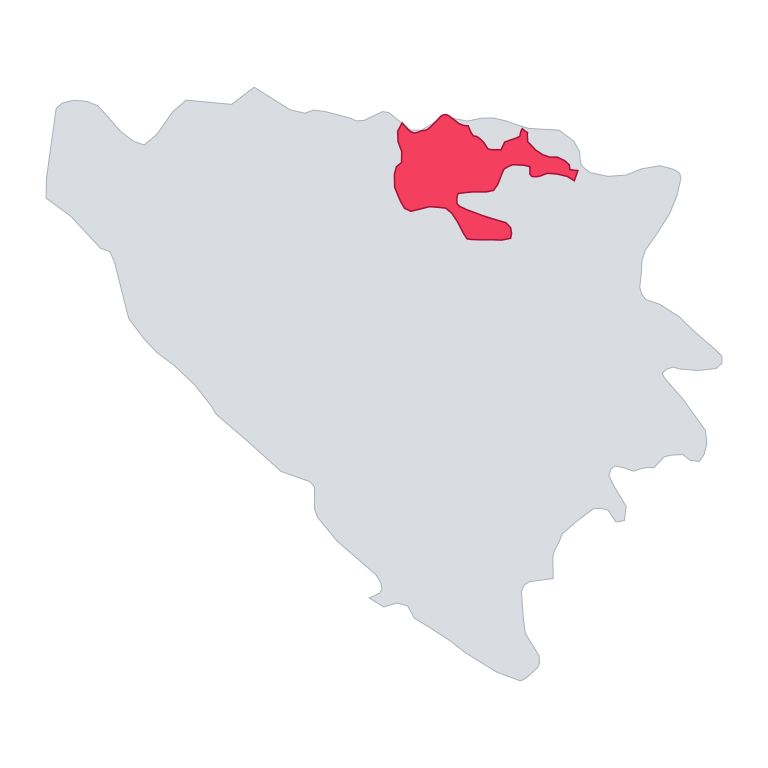 Doboj highlighted on a map of Bosnia and Herzegovina
{"feature_id": "BIH-4801", "entity_name": "Doboj", "entity_type": "state/province", "adm_level": 1, "iso_a3": "BIH", "parent_name": "Bosnia and Herzegovina", "parent_adm1": "", "projection": "robinson", "projection_center": [18.222, 44.862], "detail": "fine", "context": "in_parent", "style": "filled", "palette": "rose", "viewbox_px": 768, "rotation_deg": 0, "n_neighbors": 0, "source": "natural_earth", "source_scale": "10m", "svg_char_len": 3196}
<svg xmlns="http://www.w3.org/2000/svg" viewBox="0 0 768 768"><path d="M679.5,173.0L681.0,177.9L677.2,194.9L669.8,213.3L657.8,232.3L645.3,250.3L642.0,259.9L641.2,275.0L639.7,286.9L641.4,293.4L645.6,299.5L659.6,304.3L678.6,316.3L694.7,331.9L715.4,349.6L721.9,356.2L721.9,363.3L715.9,368.5L698.3,370.5L679.9,369.0L672.9,367.1L666.3,369.3L662.3,373.3L664.5,378.1L683.4,399.7L705.5,430.6L706.8,443.8L704.2,454.3L699.1,461.5L690.0,460.3L683.0,454.6L672.5,455.0L664.4,456.6L653.8,467.8L648.5,467.3L639.4,469.0L633.6,471.2L624.5,468.0L614.9,465.8L610.8,469.3L608.9,475.8L614.9,487.7L626.1,506.3L624.4,520.5L615.9,522.0L608.1,510.2L601.1,508.3L593.3,508.7L575.3,522.4L562.1,534.0L559.0,542.0L554.3,550.9L552.8,557.2L553.2,578.4L529.3,581.8L524.2,584.9L521.4,591.4L523.4,618.6L525.3,633.2L539.1,655.8L539.5,662.9L537.6,667.6L527.9,676.5L523.2,679.8L520.1,680.8L504.2,674.9L496.6,672.1L464.6,652.2L450.6,641.1L428.3,626.6L414.5,618.4L407.6,605.9L396.7,603.0L383.8,607.0L369.2,598.0L379.5,593.3L382.1,588.8L380.8,583.0L376.3,575.1L337.0,541.0L317.8,517.6L314.6,509.2L314.5,487.0L309.9,481.6L281.1,471.5L249.0,442.5L216.0,414.1L211.5,406.2L194.5,384.7L173.8,365.1L157.2,352.7L143.7,338.5L128.8,318.6L121.2,288.7L114.5,262.1L109.9,251.7L100.4,248.1L71.0,216.5L46.1,198.1L46.5,178.3L51.0,145.3L56.2,108.3L62.3,103.1L73.8,100.3L86.9,101.4L98.2,106.0L120.5,131.3L133.3,141.2L144.2,145.0L156.9,134.3L172.6,111.9L186.2,100.1L231.6,104.4L254.1,87.2L290.1,109.8L305.1,113.2L313.5,110.1L324.9,111.5L350.3,118.1L356.1,120.9L363.8,120.5L382.6,111.6L389.0,112.7L410.4,130.0L421.2,130.2L434.2,122.8L442.5,116.3L467.2,121.1L481.3,118.2L493.1,117.9L505.8,120.9L517.4,124.9L528.7,128.4L559.2,130.2L573.8,141.2L579.7,151.9L579.9,158.5L581.3,165.5L589.7,172.5L608.1,176.4L619.7,175.5L625.8,175.1L641.5,168.9L659.9,165.7L673.2,169.3L679.5,173.0Z" fill="#d9dde1" stroke="#a8b0b8" stroke-width="1"/><path d="M402.2,122.9L407.7,129.2L410.9,131.8L414.4,133.0L416.1,132.8L421.3,130.9L426.1,130.1L427.6,129.4L430.5,127.0L441.2,115.9L443.8,114.7L446.5,114.6L449.3,116.0L459.0,123.6L462.9,125.2L466.3,125.8L468.3,125.8L468.6,127.1L471.3,133.0L473.5,136.0L476.7,136.4L479.9,138.7L483.7,142.3L488.0,149.0L491.8,149.7L497.4,149.7L501.2,149.7L502.0,147.6L503.3,145.0L504.7,142.0L509.5,140.3L515.5,138.3L519.8,136.4L520.8,131.4L522.3,128.6L524.8,130.9L527.5,132.5L527.3,135.0L527.8,142.0L530.3,144.3L535.6,150.0L542.7,154.7L549.6,157.1L557.2,157.1L564.7,160.7L569.3,164.8L569.9,169.5L573.4,170.2L577.9,170.5L574.3,180.8L567.5,176.5L557.0,174.0L547.2,173.3L540.9,175.8L536.6,176.8L531.9,176.5L529.9,174.3L529.9,171.8L529.9,166.7L523.8,165.2L512.8,164.7L508.6,166.3L504.0,169.1L501.5,174.7L497.8,184.4L493.5,190.4L486.5,191.9L472.7,191.9L465.2,192.6L458.1,193.5L456.9,197.3L456.9,203.5L459.6,206.3L466.9,209.8L474.7,212.6L482.0,215.4L490.8,218.2L498.0,220.4L505.8,222.6L510.6,227.6L511.6,233.3L510.6,238.3L501.6,240.1L493.5,239.8L480.0,239.8L471.9,239.5L467.1,238.9L463.6,233.6L457.6,222.0L451.8,213.2L445.8,208.2L438.5,207.3L429.5,206.7L423.5,208.2L411.0,211.3L404.5,208.3L400.3,200.9L394.6,187.2L394.4,174.2L396.4,166.8L401.6,162.4L401.7,151.5L398.1,141.7L397.6,131.3L402.2,122.9Z" fill="#f43f5e" stroke="#9f1239" stroke-width="1.5"/></svg>